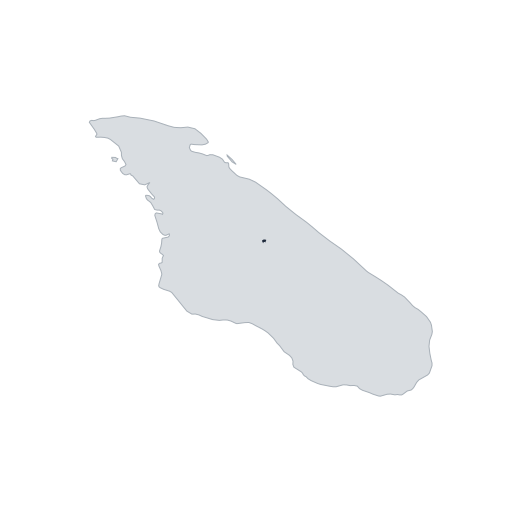 location of 5e Arrondissement, Analamanga, Madagascar, rotated 292°
{"feature_id": "10022922B36895306051586", "entity_name": "5e Arrondissement", "entity_type": "district", "adm_level": 2, "iso_a3": "MDG", "parent_name": "Madagascar", "parent_adm1": "Analamanga", "projection": "robinson", "projection_center": [47.548, -18.883], "detail": "fine", "context": "in_parent", "style": "filled", "palette": "slate", "viewbox_px": 512, "rotation_deg": 292, "n_neighbors": 0, "source": "geoboundaries", "source_scale": "gbopen_adm2", "svg_char_len": 3925}
<svg xmlns="http://www.w3.org/2000/svg" viewBox="0 0 512 512"><g transform="rotate(292 256 256)"><path d="M326.2,62.1L327.5,65.3L328.9,68.4L333.3,75.7L335.2,78.5L336.8,81.6L337.6,87.6L340.4,96.9L343.0,110.9L343.8,125.3L344.6,131.9L346.7,138.1L350.0,144.5L351.1,151.7L349.0,159.1L346.0,166.0L345.2,167.3L343.8,169.1L343.1,169.1L340.8,167.3L338.8,164.3L336.3,157.4L335.4,153.9L334.4,153.3L331.5,153.6L329.4,155.8L329.0,157.2L329.4,161.1L330.2,164.6L330.6,168.2L330.6,172.7L331.4,174.0L332.6,175.2L333.7,178.1L333.9,185.1L333.2,188.6L331.1,191.7L331.2,193.3L332.0,195.1L331.3,196.1L328.5,197.4L327.4,198.6L326.0,201.7L323.6,208.0L323.2,211.2L324.7,221.0L324.3,227.9L321.2,241.2L319.4,247.5L317.0,255.0L313.2,264.9L309.4,277.4L306.2,290.2L303.8,297.9L301.2,305.5L297.5,318.9L294.4,332.5L289.8,347.5L283.4,364.2L282.8,366.4L281.4,374.9L280.0,382.3L278.3,389.7L274.8,401.8L274.4,405.5L273.6,409.1L270.2,416.7L268.7,419.6L267.7,422.6L267.2,426.4L266.1,430.0L263.7,436.8L259.9,442.6L257.4,444.7L252.0,447.8L249.2,448.4L243.1,448.5L237.1,450.2L230.9,453.6L225.0,457.5L222.7,459.3L220.2,460.3L212.4,460.6L210.0,459.7L202.1,453.4L199.0,452.3L193.2,451.5L191.5,450.9L189.9,450.1L187.5,446.8L182.9,444.0L181.8,443.1L181.0,441.2L180.6,439.1L179.3,436.8L178.4,432.4L176.9,429.3L172.6,423.8L172.1,422.0L171.7,416.2L171.8,412.3L171.4,405.1L171.8,401.7L173.3,398.7L172.7,395.4L171.1,391.9L170.4,388.3L169.2,385.0L164.7,379.2L163.6,376.3L162.9,373.3L161.1,363.9L160.9,360.7L161.1,353.8L161.7,350.2L162.8,347.8L163.0,345.9L163.7,344.3L164.8,343.1L165.5,341.6L167.1,332.8L169.3,330.8L172.4,329.7L174.9,327.4L176.4,324.3L177.8,317.9L181.7,311.5L183.1,308.2L186.3,303.1L189.2,296.0L190.0,292.7L190.6,289.3L191.3,281.8L191.8,278.0L191.7,274.3L190.0,270.5L186.1,263.6L186.0,262.3L186.3,257.2L185.9,253.4L184.5,249.7L182.6,246.2L180.8,239.7L179.8,228.9L180.0,225.1L179.5,221.6L178.1,218.3L179.0,212.5L190.6,191.6L191.0,189.2L190.5,182.8L190.7,179.1L191.1,177.7L192.0,176.9L194.0,176.5L203.5,175.6L204.7,175.0L207.0,173.2L210.3,169.8L211.7,168.8L213.0,169.2L213.9,170.6L214.9,171.4L218.7,169.9L220.2,169.9L221.7,170.1L222.4,168.7L222.8,166.8L223.4,165.4L224.4,164.7L229.3,164.3L232.4,163.7L236.5,162.4L237.4,162.7L240.6,167.4L241.6,167.9L242.9,168.0L244.0,167.2L241.4,164.7L241.0,163.3L241.1,161.6L242.5,158.2L244.9,155.6L250.2,151.6L255.7,147.0L257.3,146.7L258.6,147.4L259.7,152.8L259.5,153.7L260.4,153.8L261.4,153.2L262.3,151.0L262.4,149.2L261.6,147.4L261.3,145.9L261.2,144.6L264.0,141.3L266.2,138.3L267.2,134.6L268.1,132.9L270.4,131.0L271.1,131.3L271.6,132.9L271.9,134.5L271.4,136.1L270.5,137.7L270.2,139.9L271.5,140.3L272.7,139.8L274.5,135.9L276.6,132.2L277.8,130.3L279.3,129.0L281.9,129.3L284.4,130.1L280.3,126.2L279.3,120.9L284.1,111.7L284.2,109.8L284.9,109.2L285.2,108.5L282.7,105.4L282.2,103.8L282.6,101.5L283.8,99.4L284.8,98.0L286.4,97.4L287.6,98.2L290.3,100.8L292.1,101.2L294.3,98.7L296.1,95.7L298.8,93.6L301.8,92.3L306.5,87.5L309.5,77.4L309.8,74.5L309.1,70.9L308.0,67.5L306.2,63.3L306.7,62.4L309.3,62.9L310.1,62.3L312.9,58.6L317.5,51.4L319.0,51.5L320.2,52.8L320.7,54.8L321.6,56.2L324.7,59.6L326.2,62.1ZM294.4,90.4L294.5,91.5L291.0,91.0L290.4,87.2L292.1,87.1L292.5,85.6L293.5,85.4L294.7,88.7L294.4,90.4ZM336.5,197.7L333.5,203.3L334.3,198.6L337.8,191.9L338.8,191.4L336.5,197.7Z" fill="#d9dde1" stroke="#a8b0b8" stroke-width="1"/><path d="M274.0,258.8L273.9,258.8L274.0,258.8L274.0,258.7L273.9,258.5L273.9,258.4L273.9,258.2L273.7,258.1L273.7,257.9L273.7,257.7L273.8,257.7L273.7,257.7L273.5,257.4L273.4,257.3L273.2,257.3L273.2,257.2L273.0,256.9L272.9,256.8L272.8,256.7L272.7,256.7L272.5,256.8L272.4,256.8L272.3,257.0L272.2,257.1L272.3,257.1L272.3,257.3L272.3,257.5L272.5,257.7L272.6,257.8L272.7,257.7L272.8,257.7L272.8,257.8L272.8,258.0L273.0,258.2L273.0,258.3L273.1,258.2L273.1,258.3L273.1,258.2L273.3,258.2L273.3,258.3L273.3,258.5L273.5,258.6L273.8,258.7L273.8,258.8L274.0,258.8Z" fill="#64748b" stroke="#1e293b" stroke-width="1.5"/></g></svg>